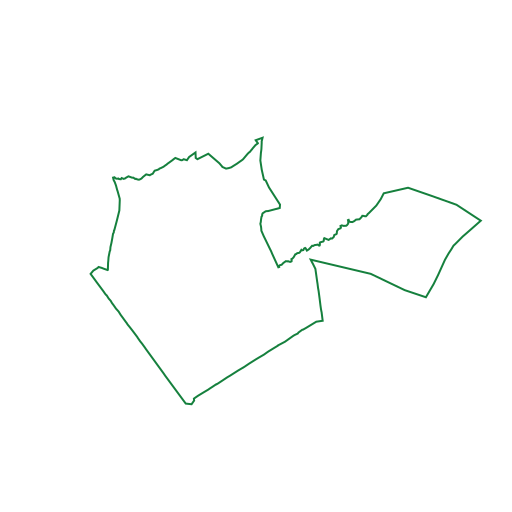 outline of San Lorenzo Albarradas, Oaxaca, Mexico, rotated 306°
{"feature_id": "50627088B11055345087016", "entity_name": "San Lorenzo Albarradas", "entity_type": "district", "adm_level": 2, "iso_a3": "MEX", "parent_name": "Mexico", "parent_adm1": "Oaxaca", "projection": "mercator", "projection_center": [-96.232, 16.89], "detail": "fine", "context": "isolated", "style": "outline", "palette": "green", "viewbox_px": 512, "rotation_deg": 306, "n_neighbors": 0, "source": "geoboundaries", "source_scale": "gbopen_adm2", "svg_char_len": 4319}
<svg xmlns="http://www.w3.org/2000/svg" viewBox="0 0 512 512"><g transform="rotate(306 256 256)"><path d="M381.8,322.5L375.3,323.5L367.5,323.7L357.1,322.1L355.5,321.7L355.0,321.9L352.8,321.6L352.2,320.8L351.6,319.3L351.0,318.4L349.3,318.5L346.5,318.1L344.3,315.6L341.8,314.9L340.1,314.0L338.9,312.1L338.8,311.0L339.7,309.7L339.1,309.3L338.2,310.3L336.5,311.5L334.6,311.5L333.5,311.2L331.8,309.1L331.2,307.4L330.0,306.7L328.9,308.0L328.1,308.1L326.1,306.8L323.7,306.9L321.7,308.1L321.0,308.2L319.0,307.0L317.1,307.7L315.9,307.5L314.7,307.2L314.3,306.2L311.7,305.3L310.6,300.8L309.7,300.9L308.1,301.9L307.3,301.9L304.8,299.9L304.3,299.8L302.7,301.0L302.0,301.3L301.5,301.0L301.5,299.2L300.3,298.1L299.4,297.1L298.4,296.6L297.7,296.3L297.3,295.4L295.4,295.2L294.9,295.2L292.4,294.8L290.3,294.0L291.4,291.6L291.4,291.0L290.3,290.5L288.6,290.8L287.5,289.8L287.6,289.1L285.0,289.3L284.3,289.2L283.7,288.9L282.6,287.7L281.2,287.4L280.5,286.8L277.0,287.2L275.1,286.9L274.3,286.5L273.4,287.4L272.6,287.9L271.5,287.3L271.0,286.4L270.6,284.9L270.0,284.5L269.4,283.2L266.4,282.2L264.0,281.9L262.5,280.7L262.1,280.6L261.3,280.5L261.2,280.6L260.7,281.2L260.0,280.7L267.4,267.6L268.7,265.5L270.1,262.8L274.8,254.0L276.7,250.4L277.3,249.4L279.6,245.5L281.4,244.0L282.7,242.8L284.6,240.6L286.3,239.9L288.9,238.4L290.0,237.9L290.9,237.4L292.2,237.3L293.4,236.5L294.5,236.3L295.5,236.7L297.0,237.2L297.9,237.6L298.5,238.2L299.5,239.4L308.8,247.0L311.7,245.2L319.1,226.2L322.8,219.5L322.5,217.5L329.2,209.9L335.9,203.3L336.1,203.2L342.4,199.3L344.3,198.3L345.7,197.5L350.9,194.1L352.1,193.2L355.5,191.8L349.5,187.7L349.2,188.5L348.4,191.2L348.3,191.3L346.0,190.6L345.6,190.4L340.6,190.0L340.1,190.1L338.7,189.9L336.8,189.9L336.1,189.6L334.0,189.2L331.3,189.0L326.9,188.7L325.9,188.5L324.7,188.1L323.0,187.5L319.4,186.3L315.7,184.8L313.1,183.8L311.0,182.2L309.1,180.4L308.3,176.5L308.4,176.4L309.5,171.8L310.7,157.3L299.9,151.7L299.9,149.6L304.2,146.2L296.8,143.7L292.9,143.8L291.8,140.6L290.2,140.0L289.5,139.2L287.9,133.1L286.4,132.6L285.0,132.2L284.8,132.2L279.6,130.5L278.8,130.2L277.8,130.0L277.0,129.8L276.4,129.5L274.1,128.8L273.4,128.5L272.1,127.8L271.3,127.4L270.1,126.6L269.9,126.5L269.1,126.4L268.8,126.3L267.3,125.3L266.9,125.0L265.5,123.9L264.5,123.9L261.9,124.1L259.4,122.7L258.9,122.6L257.5,119.2L255.7,118.7L253.5,118.1L251.3,117.8L249.3,116.8L248.5,115.8L248.3,115.0L247.9,114.0L247.9,113.4L247.3,113.0L247.3,110.8L246.5,109.6L245.5,106.0L242.9,104.8L242.0,104.6L240.6,103.6L240.1,101.5L238.6,101.5L237.7,99.9L237.8,99.1L236.9,98.3L236.7,98.0L236.3,97.0L236.5,95.2L235.4,94.3L233.7,96.3L232.8,98.2L231.4,100.3L230.5,101.6L229.5,102.8L227.8,104.9L227.2,105.8L222.3,112.0L220.9,113.1L212.5,118.7L202.9,122.6L193.6,126.2L193.2,126.1L191.4,127.1L189.9,127.3L185.7,129.4L181.5,131.4L177.7,133.0L174.9,134.7L173.6,135.0L168.4,137.4L165.0,139.5L163.6,140.3L157.7,144.3L157.4,144.2L156.2,140.2L155.7,138.2L154.6,135.1L153.2,134.9L148.6,133.0L144.3,132.7L141.7,140.8L141.2,142.3L139.3,148.4L137.7,153.5L136.8,156.0L136.4,157.5L136.4,158.1L136.4,158.3L135.0,161.8L134.3,164.9L133.4,166.8L132.9,168.3L132.8,168.8L131.1,173.7L130.8,175.2L130.3,177.5L128.9,180.9L125.9,190.2L125.9,190.4L125.1,192.4L124.3,195.5L123.0,200.0L120.7,207.5L120.3,208.4L118.9,212.4L118.1,215.4L117.5,217.2L116.5,220.3L116.2,221.0L106.7,250.3L105.8,252.8L95.3,285.9L98.2,291.0L102.7,290.9L104.1,289.6L105.9,290.2L109.0,291.3L112.1,292.6L116.6,294.5L119.8,295.9L121.6,296.5L124.7,297.7L128.8,299.2L128.8,299.4L130.1,300.0L133.8,301.4L140.3,303.8L141.3,304.2L143.8,305.3L152.7,308.8L159.4,311.7L164.9,313.7L170.4,315.9L172.9,316.9L173.1,317.0L175.7,318.1L180.0,320.0L180.9,320.4L181.5,320.6L184.8,321.7L186.7,322.4L187.6,322.8L191.5,324.4L196.3,326.4L196.5,326.3L203.0,329.5L203.6,329.8L213.1,333.0L214.6,333.6L217.9,335.4L218.9,335.3L223.6,336.8L224.0,337.3L227.3,338.8L238.3,343.4L241.9,347.1L242.8,348.0L249.2,342.0L249.5,341.6L251.2,339.8L254.1,337.0L258.5,332.9L264.5,327.2L266.7,324.9L269.7,322.1L271.2,320.6L277.2,314.8L280.5,311.6L283.5,305.9L283.5,305.7L285.2,302.4L309.0,359.3L315.8,396.4L322.5,417.7L337.7,416.2L347.6,414.5L364.0,411.1L371.4,410.3L376.0,410.1L380.5,409.7L382.5,410.1L385.0,410.5L393.4,411.8L397.6,412.8L410.0,415.6L416.7,417.1L415.3,388.1L407.6,361.9L400.6,338.9L381.8,322.5Z" fill="none" stroke="#15803d" stroke-width="2"/></g></svg>